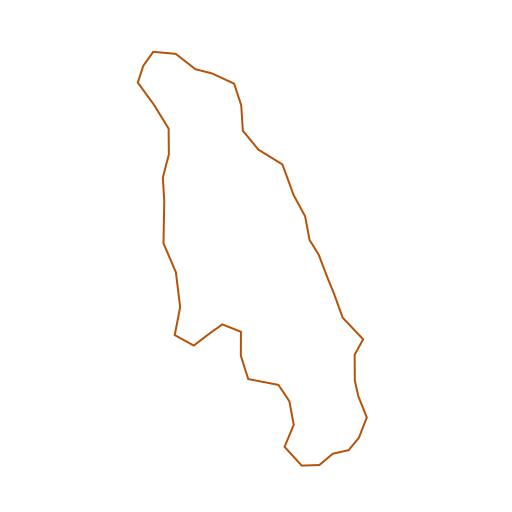 outline of Templos, Cyprus, rotated 173°
{"feature_id": "46923920B79471002373027", "entity_name": "Templos", "entity_type": "district", "adm_level": 2, "iso_a3": "CYP", "parent_name": "Cyprus", "parent_adm1": "", "projection": "equal_earth", "projection_center": [33.291, 35.33], "detail": "fine", "context": "isolated", "style": "outline", "palette": "amber", "viewbox_px": 512, "rotation_deg": 173, "n_neighbors": 0, "source": "geoboundaries", "source_scale": "gbopen_adm2", "svg_char_len": 758}
<svg xmlns="http://www.w3.org/2000/svg" viewBox="0 0 512 512"><g transform="rotate(173 256 256)"><path d="M159.8,160.3L177.5,184.2L183.3,209.7L187.7,225.7L193.6,249.6L200.9,265.5L202.4,289.4L211.2,311.7L218.6,343.6L240.6,361.2L253.8,381.9L252.3,407.4L256.7,429.7L277.3,442.5L293.4,448.8L311.0,466.4L333.1,471.2L344.8,458.4L352.2,442.5L338.9,418.6L327.2,393.0L330.1,367.5L338.9,345.2L340.4,321.3L346.3,279.9L337.5,249.6L337.5,214.5L346.3,187.4L328.7,174.7L312.5,184.2L297.8,192.2L283.6,184.5L280.2,182.6L282.0,168.2L283.2,158.7L278.7,134.8L249.4,125.3L240.6,107.8L239.1,83.9L250.9,63.1L236.2,42.4L218.6,40.8L203.9,50.4L187.7,52.0L176.0,63.1L165.7,82.3L171.6,104.6L173.1,120.5L170.1,146.0L159.8,160.3Z" fill="none" stroke="#b45309" stroke-width="2"/></g></svg>